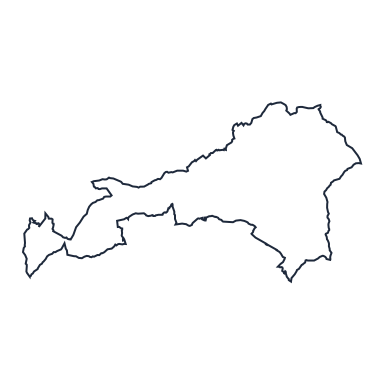 the district of Spulber, Vrancea, Romania
{"feature_id": "2599482B24061865858466", "entity_name": "Spulber", "entity_type": "district", "adm_level": 2, "iso_a3": "ROU", "parent_name": "Romania", "parent_adm1": "Vrancea", "projection": "orthographic", "projection_center": [26.718, 45.744], "detail": "fine", "context": "isolated", "style": "outline", "palette": "slate", "viewbox_px": 384, "rotation_deg": 0, "n_neighbors": 0, "source": "geoboundaries", "source_scale": "gbopen_adm2", "svg_char_len": 5974}
<svg xmlns="http://www.w3.org/2000/svg" viewBox="0 0 384 384"><path d="M291.0,281.6L291.5,278.1L294.8,274.2L296.6,271.2L296.9,270.1L299.0,268.8L301.7,264.9L302.7,264.5L303.1,264.0L305.1,262.5L305.6,260.4L306.4,260.1L307.7,260.5L314.2,260.5L318.0,258.5L319.7,257.0L322.5,255.8L323.5,255.9L325.3,256.9L326.2,258.0L326.5,259.0L330.2,259.9L330.4,259.2L330.2,257.6L330.4,255.9L331.5,252.9L329.7,250.3L329.7,249.0L328.9,246.2L329.0,243.9L328.7,242.6L327.8,240.4L327.0,239.3L326.7,236.8L325.6,234.6L325.8,233.8L327.9,232.8L328.6,230.7L329.2,230.1L329.2,229.0L328.7,227.8L328.4,224.8L328.6,223.3L329.4,221.2L328.7,219.1L327.5,217.6L327.5,216.0L328.8,213.7L328.0,212.0L327.1,207.8L327.2,204.0L327.5,202.0L326.3,197.7L324.1,194.0L324.5,191.6L326.1,190.1L327.2,188.2L328.8,186.8L329.6,185.6L330.6,184.8L331.0,182.8L333.2,181.3L334.0,180.4L339.5,178.8L341.1,176.3L342.4,175.0L344.2,172.0L345.3,170.8L347.0,170.1L347.5,168.9L351.6,167.3L353.6,164.7L355.9,163.3L358.8,163.1L361.0,163.5L359.7,158.9L357.6,155.3L352.2,148.2L346.8,145.0L345.3,141.3L344.9,137.5L344.0,136.4L342.7,135.7L341.7,134.6L340.8,134.5L339.4,133.1L337.2,132.1L335.8,126.7L335.4,126.1L331.9,124.2L330.9,123.1L328.4,121.8L327.3,122.2L326.8,122.1L326.4,120.9L325.8,120.2L322.6,118.7L322.6,117.5L320.2,112.5L320.1,111.4L318.6,109.4L318.6,109.1L320.1,108.2L320.8,106.9L320.3,105.8L320.3,105.0L317.4,105.8L314.6,107.1L313.3,108.1L308.3,108.3L302.1,106.9L299.1,107.0L297.2,107.5L296.7,108.6L296.8,111.9L295.6,113.2L294.3,113.1L290.4,114.8L289.5,113.5L286.3,110.6L286.9,109.1L286.6,106.9L285.6,105.1L284.0,104.1L280.9,102.4L276.9,102.8L271.5,104.4L270.9,103.6L268.2,104.9L265.4,109.0L264.2,111.1L262.6,112.9L260.8,116.1L256.6,117.5L253.8,118.0L252.4,119.1L251.3,122.9L249.9,124.5L247.6,124.5L246.9,123.6L245.7,123.3L244.3,123.8L243.5,125.4L241.5,122.9L238.0,125.7L236.9,123.5L234.3,125.1L233.4,126.6L232.5,129.9L233.8,130.9L233.1,131.9L233.0,133.0L233.4,135.6L234.4,138.5L233.2,138.9L232.1,139.9L232.2,141.1L231.5,142.4L226.9,145.2L225.8,148.6L225.9,149.9L225.6,149.8L225.3,148.8L224.4,148.6L223.8,150.1L223.1,149.8L219.2,150.3L218.7,149.8L217.2,150.5L216.6,149.8L215.9,150.0L212.7,153.0L210.8,153.1L210.4,153.7L209.4,154.3L209.8,155.1L205.9,158.4L203.0,155.6L197.2,159.7L196.0,161.1L195.0,160.0L194.2,161.0L191.9,162.3L188.7,166.4L187.0,167.3L188.0,170.8L186.3,171.6L183.2,170.7L177.1,170.7L172.7,172.4L171.4,172.1L168.4,172.7L167.1,171.8L165.8,172.0L164.4,173.1L161.5,177.9L160.1,179.2L158.0,178.9L156.0,180.0L154.7,180.3L151.5,182.1L151.2,183.2L148.7,183.9L148.0,184.5L144.1,186.6L140.1,186.7L138.6,187.6L137.0,186.9L132.6,186.4L128.7,184.7L122.7,183.8L121.2,181.9L120.5,181.5L113.4,178.5L110.0,178.1L109.0,177.6L106.7,179.3L104.9,179.5L102.5,179.2L99.2,180.5L93.8,181.2L91.9,182.0L93.4,183.8L93.9,186.6L95.2,187.4L95.7,188.3L97.7,188.1L98.5,189.0L99.9,189.1L102.0,188.4L106.6,188.4L111.6,195.4L110.3,196.5L106.2,196.5L104.2,196.9L103.1,198.6L99.0,200.1L97.3,200.3L95.5,202.0L92.9,202.9L91.2,204.3L89.2,206.7L87.7,210.1L86.8,213.8L83.6,216.6L79.8,222.6L76.1,227.2L73.4,234.8L70.7,239.4L70.1,239.0L69.3,239.4L67.5,238.8L66.5,237.5L65.2,237.9L63.1,237.3L61.6,235.7L53.2,231.2L53.5,230.3L52.5,228.9L53.0,227.8L53.7,224.5L53.6,223.8L53.0,223.8L52.4,222.8L52.6,219.4L51.7,218.7L48.8,218.6L48.3,216.9L45.4,213.3L45.3,218.5L38.8,226.9L39.3,225.4L39.2,224.1L38.6,223.3L38.1,223.2L37.1,224.1L36.5,224.0L35.7,222.8L34.4,222.9L33.4,222.5L34.8,220.9L33.7,220.6L32.5,219.6L32.0,218.3L30.0,218.5L29.7,220.5L30.5,222.5L29.1,225.0L29.0,226.1L29.3,227.8L28.2,229.1L27.1,229.6L24.3,233.6L25.0,243.0L24.7,245.3L25.0,246.2L23.7,248.1L23.0,252.1L25.2,255.1L26.7,258.8L25.7,263.7L26.7,264.6L26.8,266.1L26.4,271.5L27.0,272.9L29.8,276.8L29.9,276.1L30.8,275.9L31.5,274.3L32.8,273.5L34.0,271.5L37.6,269.1L37.9,268.2L39.9,264.9L42.0,263.6L42.6,262.3L43.6,261.5L45.7,259.0L47.1,256.4L49.0,254.9L52.2,253.8L53.7,252.1L55.5,252.1L57.0,251.1L61.0,249.4L61.7,248.5L64.5,243.3L65.8,248.7L66.9,250.4L67.4,254.8L74.0,256.2L76.1,256.3L78.8,257.9L81.9,258.2L84.4,256.7L86.7,255.9L88.9,256.2L89.9,256.9L91.5,257.2L92.8,256.4L94.0,256.7L97.5,255.0L99.3,255.1L101.3,253.2L102.4,253.2L104.3,252.2L107.5,249.3L111.7,248.6L114.2,246.4L115.3,244.6L116.4,245.4L117.8,244.3L119.1,243.9L122.4,244.4L124.1,243.9L125.7,244.0L124.4,240.0L123.0,240.5L122.9,238.9L123.6,238.3L122.1,236.4L121.7,235.6L122.1,233.0L121.8,230.6L122.2,229.8L122.2,228.5L121.2,228.4L119.2,226.9L117.8,227.0L117.1,220.8L124.0,219.3L126.5,217.8L127.0,217.9L128.1,219.1L128.2,217.9L129.1,216.8L132.6,214.5L135.7,213.3L138.0,213.7L143.9,213.3L145.6,214.5L146.2,215.4L148.2,216.1L150.8,215.7L152.3,215.1L152.9,215.3L153.2,216.0L154.2,216.0L155.2,215.9L155.6,215.4L158.4,214.8L162.3,214.8L162.7,214.6L162.8,213.7L164.2,212.5L165.1,212.3L165.9,212.7L167.0,211.9L167.4,211.4L168.4,208.2L169.3,208.3L169.6,207.2L170.6,206.5L171.4,204.5L172.3,203.9L172.5,204.1L172.6,204.8L172.6,206.6L174.3,211.6L174.3,214.3L175.0,215.1L175.0,218.9L176.4,222.7L175.5,224.5L182.1,223.6L186.2,224.2L188.5,225.6L189.8,225.9L191.9,224.9L192.3,223.6L192.9,222.8L197.7,218.6L198.4,218.4L199.4,218.7L202.2,217.9L202.1,219.3L204.4,220.4L205.6,220.5L205.9,219.3L205.3,219.2L204.8,218.5L204.4,218.3L204.5,217.6L206.7,217.4L209.0,216.3L211.2,216.1L212.1,215.8L215.3,217.0L215.8,216.8L216.6,217.1L218.1,217.8L219.1,219.2L221.4,219.9L222.2,220.9L223.1,221.6L233.0,222.2L236.0,220.6L240.5,220.1L244.3,220.9L246.7,221.9L247.9,222.6L248.5,223.6L251.1,224.8L252.1,224.7L253.1,225.1L254.7,226.1L255.7,227.3L254.4,228.5L253.8,229.9L253.2,230.5L253.2,231.6L252.8,232.4L251.5,233.8L252.1,234.5L255.5,237.6L266.2,243.7L265.9,244.3L267.1,245.0L267.4,244.6L276.8,249.9L276.6,250.2L279.6,252.0L281.0,253.8L282.8,256.9L284.9,257.8L284.5,259.2L283.0,262.1L280.6,263.9L277.9,266.7L279.4,266.8L280.0,267.3L281.6,267.1L282.4,267.5L282.7,268.5L282.2,270.9L283.9,272.2L284.0,273.2L284.3,273.4L285.2,271.2L285.6,271.5L285.8,272.2L285.8,273.3L286.8,276.7L288.1,278.4L288.7,278.9L288.8,280.1L291.0,281.6Z" fill="none" stroke="#1e293b" stroke-width="2"/></svg>